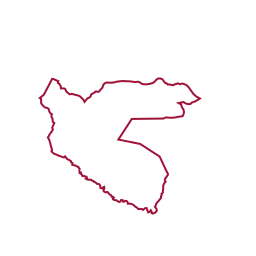 Santa Fé de Goiás, Goiás, Brazil, rotated 144°
{"feature_id": "56859067B58729650453779", "entity_name": "Santa Fé de Goiás", "entity_type": "district", "adm_level": 2, "iso_a3": "BRA", "parent_name": "Brazil", "parent_adm1": "Goiás", "projection": "albers", "projection_center": [-51.164, -15.663], "detail": "fine", "context": "isolated", "style": "outline", "palette": "rose", "viewbox_px": 256, "rotation_deg": 144, "n_neighbors": 0, "source": "geoboundaries", "source_scale": "gbopen_adm2", "svg_char_len": 3264}
<svg xmlns="http://www.w3.org/2000/svg" viewBox="0 0 256 256"><g transform="rotate(144 128 128)"><path d="M122.6,67.9L121.9,72.2L119.2,86.3L127.5,107.9L142.6,124.3L119.6,133.1L93.9,114.9L91.9,114.5L90.9,114.1L88.1,111.7L84.3,109.1L81.3,107.8L77.8,105.9L76.6,105.6L74.6,106.8L73.3,108.0L72.3,110.2L72.1,113.4L71.2,116.0L72.4,118.4L67.8,116.4L67.3,114.8L66.5,113.3L64.2,111.1L63.0,110.7L62.0,111.0L61.1,111.0L59.5,110.4L58.0,110.1L55.7,109.8L52.5,109.6L54.3,113.6L54.8,115.6L55.1,117.6L55.0,125.6L55.3,127.4L55.8,129.0L57.6,131.7L58.4,132.3L60.0,132.6L61.2,134.5L62.0,135.1L63.2,135.2L64.6,136.0L65.9,135.9L67.3,137.1L69.2,139.2L70.3,139.8L70.5,141.4L71.4,142.5L71.5,143.5L71.5,147.1L72.8,149.2L74.9,150.4L77.0,150.4L78.7,149.9L81.2,149.8L83.8,150.7L87.2,152.3L90.1,154.6L90.9,155.9L92.0,158.8L93.1,159.8L95.4,161.0L96.6,162.4L97.7,163.3L98.8,164.4L101.5,166.6L102.4,167.1L103.4,168.2L106.4,170.2L108.3,171.2L110.3,172.3L112.9,173.3L114.7,174.3L118.8,177.5L120.7,177.8L122.7,177.3L125.0,175.7L127.9,175.1L129.5,174.6L130.6,174.6L132.5,176.5L135.4,176.4L137.4,176.9L138.4,176.5L140.0,175.4L141.6,175.4L143.6,175.8L147.8,174.7L147.5,177.4L148.3,182.0L148.8,183.0L153.5,188.7L155.4,189.5L156.4,193.4L155.9,196.3L156.3,197.4L159.0,199.5L157.9,201.2L157.6,203.9L158.2,205.8L156.9,206.8L159.3,211.1L160.5,212.4L161.7,211.7L176.5,204.4L181.7,204.1L181.1,203.0L182.8,200.3L183.6,199.3L183.8,198.1L183.6,195.5L183.0,193.3L181.6,191.8L181.0,190.3L181.9,187.7L182.1,185.5L181.4,183.9L182.6,183.2L183.5,181.5L183.5,180.0L184.5,178.5L185.2,177.0L184.7,175.3L187.4,173.9L189.2,172.7L189.6,171.0L190.7,170.4L195.7,168.7L197.2,167.8L198.3,167.6L198.9,164.0L200.0,161.0L200.8,159.3L202.2,155.0L203.5,154.5L203.5,153.1L203.3,151.6L202.6,150.2L200.9,147.4L200.1,145.9L198.9,144.4L198.1,143.0L197.0,141.8L195.5,142.0L195.5,140.5L195.5,138.9L194.8,137.4L194.1,136.0L193.6,134.5L194.2,133.6L193.5,132.2L194.7,131.0L193.5,129.6L192.3,128.1L191.7,126.4L191.0,125.8L191.3,124.6L191.1,123.5L192.2,122.3L193.6,120.0L192.3,119.4L193.0,118.3L192.7,117.0L193.1,115.8L191.8,115.1L191.0,113.6L190.2,113.0L190.6,111.6L191.9,111.7L191.5,110.7L190.2,109.2L188.3,108.0L188.0,106.4L187.1,105.5L187.1,104.3L186.4,103.5L186.1,102.2L185.9,101.0L185.1,100.5L184.4,99.5L184.3,98.2L184.6,97.1L185.6,95.7L184.1,94.0L182.9,94.6L181.9,94.4L182.5,93.2L184.2,92.1L184.9,91.1L184.5,90.2L183.9,88.9L182.6,88.6L182.0,87.7L182.1,86.5L181.8,84.7L181.1,83.3L181.6,82.1L180.6,81.2L180.4,80.1L181.4,80.4L182.1,79.3L181.5,77.9L180.7,77.1L179.8,76.2L179.4,74.9L178.7,73.3L177.2,73.0L176.1,73.8L174.7,72.8L175.3,71.4L174.5,70.7L173.3,70.8L172.0,69.8L172.0,67.7L172.6,66.8L171.2,65.9L170.1,64.9L169.2,63.4L168.7,62.3L168.6,61.0L168.1,59.5L167.5,58.5L167.5,57.2L167.2,56.2L166.0,55.6L165.2,55.1L164.2,53.9L164.0,52.9L161.4,53.1L160.0,52.2L160.8,49.8L161.2,47.9L159.7,47.5L157.9,48.1L158.1,46.3L158.9,45.5L158.4,44.3L156.9,43.8L155.1,43.6L153.1,44.3L152.5,45.8L152.5,47.3L152.5,48.5L151.4,48.8L150.4,49.5L149.7,50.1L148.2,50.6L146.1,51.0L145.0,51.4L143.8,51.6L142.2,52.2L141.5,53.3L140.3,53.8L139.7,55.0L138.6,55.1L137.6,55.4L136.9,56.5L135.3,58.0L134.3,59.5L133.3,60.8L132.2,61.3L131.4,62.0L129.1,62.4L129.1,63.7L128.6,64.5L127.5,65.3L125.6,65.8L123.0,66.8L122.6,67.9Z" fill="none" stroke="#9f1239" stroke-width="2"/></g></svg>